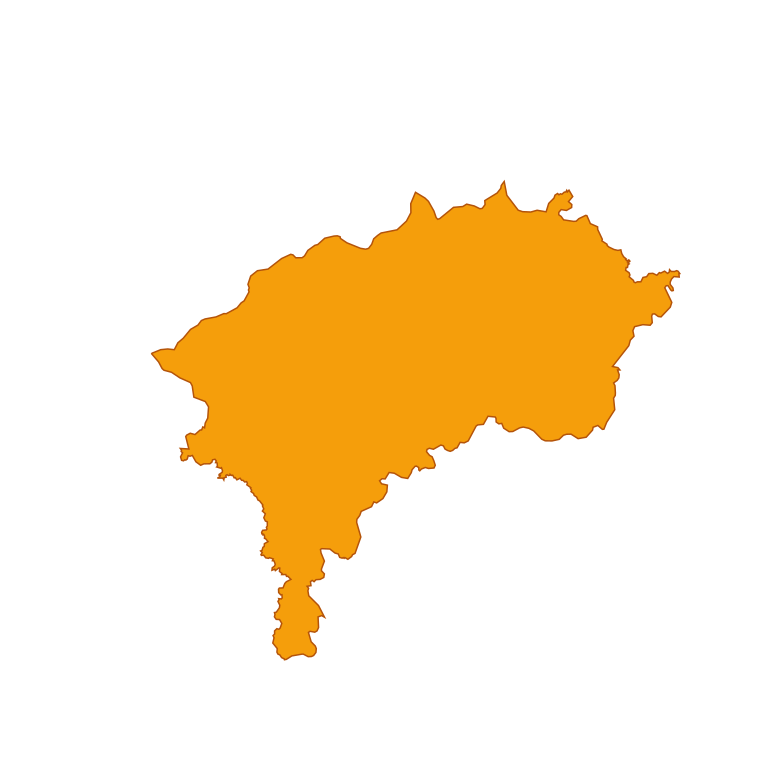 Sanggau, Kalimantan Barat, Indonesia (Albers equal-area conic projection), rotated 220°
{"feature_id": "22746128B74989070523542", "entity_name": "Sanggau", "entity_type": "district", "adm_level": 2, "iso_a3": "IDN", "parent_name": "Indonesia", "parent_adm1": "Kalimantan Barat", "projection": "albers", "projection_center": [110.5, 0.351], "detail": "fine", "context": "isolated", "style": "filled", "palette": "amber", "viewbox_px": 768, "rotation_deg": 220, "n_neighbors": 0, "source": "geoboundaries", "source_scale": "gbopen_adm2", "svg_char_len": 6171}
<svg xmlns="http://www.w3.org/2000/svg" viewBox="0 0 768 768"><g transform="rotate(220 384 384)"><path d="M279.7,167.1L291.8,172.2L305.5,173.4L309.4,176.7L310.4,179.0L312.9,179.6L310.3,182.6L313.3,185.3L312.8,187.4L310.5,187.6L310.3,190.4L307.3,193.3L305.8,197.1L307.6,200.2L311.8,200.7L313.0,202.1L315.8,210.0L323.6,214.1L326.3,216.4L325.9,217.8L319.4,222.8L312.9,223.0L309.8,224.4L306.5,222.7L304.1,223.7L303.7,224.8L302.5,224.8L302.4,225.9L299.0,226.5L297.9,231.0L298.4,233.0L297.3,235.6L303.4,251.9L316.0,260.4L317.8,262.9L318.1,267.7L319.6,271.8L314.7,282.0L316.0,287.1L313.2,288.2L311.2,295.5L312.5,303.2L316.4,308.7L321.7,306.0L325.2,307.0L324.6,310.2L322.1,312.0L323.2,319.5L318.7,322.3L310.6,323.7L305.1,326.9L306.1,333.6L307.4,336.4L307.3,340.9L306.3,342.0L303.7,342.3L302.0,340.5L300.8,340.5L300.7,342.9L298.7,346.6L295.6,347.9L291.7,351.8L292.5,354.7L296.6,357.3L300.4,359.2L303.2,358.6L307.9,359.5L309.0,361.5L308.0,363.9L304.2,365.8L301.2,373.8L298.7,374.8L295.5,373.4L292.7,373.9L290.0,375.0L288.7,377.3L288.3,380.2L287.0,382.1L288.2,388.2L284.7,390.5L282.9,394.5L286.4,411.0L285.9,412.9L281.9,417.0L283.6,426.1L277.6,430.2L276.1,429.7L273.7,427.0L270.4,427.3L268.5,429.5L263.9,427.1L257.5,427.9L254.8,430.4L251.9,437.6L249.7,440.5L244.5,443.2L239.2,444.3L227.7,443.1L224.0,444.1L218.7,448.4L214.2,454.2L213.6,460.1L211.8,462.9L208.5,465.8L200.2,466.9L194.9,473.2L194.6,482.7L196.0,485.3L193.5,489.7L187.6,489.6L186.5,490.7L188.8,497.8L190.7,512.6L199.0,520.7L199.5,523.9L201.0,525.9L206.0,531.2L208.8,532.4L207.7,536.6L208.0,539.6L209.8,542.3L214.1,544.9L212.4,546.4L215.3,546.9L220.2,544.3L221.1,570.7L223.5,575.9L223.2,581.3L227.6,584.8L228.9,589.0L223.9,595.8L217.9,600.1L217.9,603.4L222.6,608.1L223.3,610.1L221.8,611.7L217.3,612.0L214.9,613.5L214.1,626.9L216.0,631.5L230.8,638.2L231.0,640.7L229.7,641.9L224.7,640.3L223.3,640.4L222.5,641.6L224.4,643.3L228.9,644.3L230.3,646.1L231.2,649.3L231.0,652.6L226.6,655.7L228.9,658.0L228.4,658.7L231.1,659.4L232.6,659.0L233.8,656.9L236.4,654.8L238.7,655.1L237.4,653.0L237.9,651.0L241.6,650.8L243.3,646.9L244.7,646.3L244.9,642.7L249.2,641.6L252.1,638.8L251.8,635.0L254.1,632.1L252.9,627.4L255.6,625.1L256.6,623.1L258.2,622.8L259.5,623.7L265.1,623.7L265.7,625.6L267.8,626.8L272.0,626.4L273.4,628.9L272.4,629.8L273.8,632.2L273.4,633.6L275.0,633.5L274.5,636.0L275.2,636.4L276.0,636.4L276.4,634.8L276.7,635.3L276.9,634.6L278.9,634.7L278.9,635.5L282.3,635.5L285.8,636.8L288.8,639.0L290.7,636.7L294.2,634.9L299.7,633.5L302.0,633.5L303.0,634.4L309.1,633.7L309.8,635.2L319.6,639.7L321.4,641.7L329.0,639.5L336.8,643.4L337.9,642.8L341.0,635.9L341.4,632.3L343.2,630.5L351.9,625.2L356.0,626.2L358.9,626.0L360.4,627.8L360.4,631.5L355.8,634.2L353.7,639.8L355.5,642.2L359.9,642.3L359.9,648.9L366.9,651.4L367.0,649.1L368.5,649.8L368.1,648.0L369.2,646.9L369.7,643.7L371.1,643.1L371.6,641.4L373.5,641.5L374.4,638.6L373.3,635.7L373.9,628.2L370.5,620.1L378.4,615.5L382.1,610.1L388.6,605.1L392.9,603.4L411.2,607.5L422.1,616.4L421.8,611.5L420.3,608.9L420.1,603.0L424.7,589.3L421.9,586.4L421.6,581.7L423.2,579.9L429.3,578.4L436.3,574.9L437.7,570.6L444.3,564.0L447.6,546.6L448.7,544.7L451.0,545.0L457.0,548.6L467.4,552.5L472.2,552.8L483.1,551.1L479.4,539.3L473.5,532.5L471.5,523.2L473.1,510.5L483.3,497.8L484.4,493.6L485.2,488.6L483.2,483.1L483.0,478.0L484.7,475.5L489.3,472.8L503.2,468.3L510.9,467.5L512.3,468.6L515.0,467.5L517.4,465.2L523.1,457.6L524.4,448.2L526.1,445.8L528.2,437.4L527.2,431.0L527.9,428.1L532.7,424.0L536.7,424.4L538.8,423.4L543.1,414.3L546.7,397.5L553.8,389.4L555.5,381.0L552.3,372.9L549.0,371.0L548.3,368.9L546.6,367.8L544.6,357.8L545.6,354.2L545.5,348.0L550.0,336.5L552.0,334.9L555.8,327.4L562.9,318.8L564.7,315.2L564.4,309.5L567.3,301.5L567.2,290.0L568.4,283.1L566.7,275.5L572.2,271.8L577.1,266.8L581.5,258.5L581.4,257.8L570.8,256.0L563.9,253.2L561.4,253.1L554.3,256.4L544.3,257.5L533.2,260.7L529.7,259.3L521.2,251.7L509.6,255.7L503.7,253.7L497.1,244.6L495.8,239.1L493.3,235.1L495.2,234.7L494.2,231.6L495.3,230.5L496.3,223.8L500.8,221.7L502.3,218.0L502.1,216.3L491.7,208.8L498.6,203.7L496.6,203.2L496.0,201.9L494.1,201.8L493.0,197.4L490.0,195.4L488.2,196.3L487.9,197.9L486.9,198.3L486.5,200.1L487.9,203.2L486.2,204.0L484.9,206.1L478.1,203.5L472.2,203.9L470.7,207.0L466.1,211.0L465.6,213.4L466.6,215.7L465.1,217.7L463.1,217.3L462.5,215.5L461.5,216.3L460.7,215.9L458.7,213.8L458.8,212.9L455.0,214.5L454.7,215.4L451.9,213.7L451.2,212.3L452.2,208.7L451.5,207.9L450.6,208.8L450.0,207.1L451.2,204.8L446.9,208.3L445.1,207.6L446.2,209.5L445.0,211.2L446.4,212.3L445.9,213.7L444.4,213.8L443.3,215.2L443.8,215.9L442.1,215.9L441.3,216.9L438.4,215.8L437.7,216.7L435.1,216.0L433.7,219.3L431.2,218.7L430.0,219.6L427.7,219.4L426.5,220.9L424.8,220.1L424.3,218.6L419.4,219.0L419.3,218.3L417.2,217.6L416.7,216.1L413.5,216.3L411.8,215.2L409.0,215.6L406.0,214.1L404.2,214.5L399.0,213.4L398.8,212.5L395.8,211.0L395.5,208.5L391.5,208.3L390.1,204.3L386.8,202.8L384.8,203.4L382.1,200.2L382.0,198.6L380.4,197.7L380.3,196.6L382.9,193.9L382.4,191.7L381.2,190.7L380.6,191.3L379.7,190.6L379.3,191.4L377.7,190.7L376.3,188.9L375.5,189.4L371.5,188.7L373.0,184.8L371.3,182.5L371.8,181.1L370.5,178.1L371.2,176.8L368.9,176.6L368.6,174.2L367.7,173.9L366.2,175.5L362.8,174.8L360.3,176.3L360.2,177.3L356.4,178.8L355.9,176.9L354.5,177.8L351.4,176.0L350.8,174.1L351.5,171.4L350.1,169.3L348.7,171.9L347.3,171.2L346.3,175.6L345.5,176.0L343.6,173.2L340.3,173.3L339.9,172.2L336.8,174.9L335.0,174.0L334.1,174.9L329.7,174.5L331.7,169.8L331.8,167.5L330.3,162.9L333.0,160.4L332.9,159.0L330.6,156.5L327.5,156.1L326.8,157.0L324.5,154.7L324.5,153.4L326.7,151.9L325.8,151.4L325.5,149.3L321.7,147.6L320.3,145.4L319.8,140.0L321.0,138.5L319.3,137.3L318.3,135.2L315.3,134.4L312.6,136.4L308.4,134.9L306.7,130.3L306.9,128.5L308.8,127.7L309.1,124.5L307.1,122.2L307.3,120.0L305.1,118.9L302.7,114.1L295.7,112.7L293.7,109.8L291.7,108.9L289.6,109.5L286.6,108.6L283.7,109.3L283.0,108.8L281.8,110.3L279.8,116.5L273.3,124.2L272.2,125.2L266.8,126.4L264.4,128.6L263.4,130.8L263.6,134.6L265.8,137.8L268.2,139.1L274.1,139.7L282.2,145.1L281.7,147.0L277.5,149.4L276.6,151.8L277.6,155.4L284.8,163.2L282.9,166.5L279.7,167.1Z" fill="#f59e0b" stroke="#b45309" stroke-width="1.5"/></g></svg>